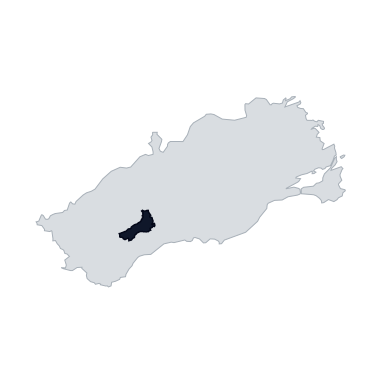 Erzincan highlighted on a map of Turkey, rotated 154°
{"feature_id": "TUR-2300", "entity_name": "Erzincan", "entity_type": "Province", "adm_level": 1, "iso_a3": "TUR", "parent_name": "Turkey", "parent_adm1": "", "projection": "albers", "projection_center": [39.186, 39.548], "detail": "fine", "context": "in_parent", "style": "filled", "palette": "ink", "viewbox_px": 384, "rotation_deg": 154, "n_neighbors": 0, "source": "natural_earth", "source_scale": "10m", "svg_char_len": 5333}
<svg xmlns="http://www.w3.org/2000/svg" viewBox="0 0 384 384"><g transform="rotate(154 192 192)"><path d="M288.9,145.0L293.8,146.6L295.4,145.2L299.8,145.3L303.8,146.1L305.9,143.1L308.7,143.3L309.3,144.8L310.7,145.3L315.0,148.8L314.5,149.3L315.6,150.6L319.2,151.4L319.6,153.3L322.5,155.9L324.2,160.2L323.5,163.3L322.0,165.3L324.5,171.7L323.9,172.6L328.4,174.5L333.9,173.8L335.7,174.7L341.3,179.5L342.8,181.4L339.0,179.2L337.0,181.4L336.2,186.6L330.4,187.8L331.5,191.1L333.2,192.5L332.8,195.7L333.3,196.9L335.0,198.9L334.9,201.7L335.8,204.6L336.0,208.2L338.5,209.1L337.5,210.8L335.1,218.2L335.3,218.8L337.2,218.8L341.6,221.9L340.9,223.1L341.7,227.7L345.5,230.4L345.0,232.0L345.2,233.5L342.5,233.0L337.4,237.4L336.8,237.3L336.0,236.0L335.6,231.9L334.2,230.9L332.5,230.7L329.7,232.7L327.0,232.8L324.4,232.6L317.3,230.3L314.7,231.3L312.0,230.5L306.9,235.7L305.3,236.2L304.5,233.7L302.6,232.4L300.3,234.3L291.3,237.0L287.2,237.5L282.1,236.8L277.9,237.1L266.5,242.9L255.5,246.0L245.7,245.7L240.3,242.2L236.1,241.3L223.4,246.5L217.3,246.2L215.2,243.9L210.5,242.9L209.4,245.0L208.3,250.0L209.8,254.7L207.1,254.9L205.4,255.8L204.8,259.3L202.3,260.6L201.4,262.7L201.0,262.8L197.1,260.9L198.2,259.2L196.0,252.6L197.3,250.7L202.6,245.6L202.6,242.5L200.5,240.3L193.9,243.9L193.2,245.4L191.7,246.5L189.3,246.9L178.0,241.3L171.0,245.4L164.9,251.5L160.4,253.5L147.4,254.5L145.1,255.6L140.8,253.9L138.3,252.0L132.9,244.3L122.2,237.8L110.6,235.4L109.4,236.7L108.5,242.3L106.1,247.4L105.1,247.9L102.6,246.3L93.2,248.5L85.8,244.2L84.6,242.5L83.6,236.2L82.5,235.6L81.2,236.3L79.9,236.1L74.7,232.8L71.7,232.3L69.6,234.7L66.5,235.4L66.5,234.7L67.9,233.1L63.2,232.8L60.6,233.8L57.4,232.6L57.7,231.9L60.5,231.4L66.8,231.3L71.2,227.7L56.5,226.0L54.9,226.7L55.0,224.6L56.0,223.7L59.9,223.5L59.9,221.7L57.8,219.5L55.4,218.1L54.8,213.6L53.6,212.3L53.9,211.7L56.4,211.2L57.3,208.1L57.2,206.0L52.7,203.7L51.7,203.7L50.7,201.8L48.9,200.3L47.1,201.1L42.8,197.8L43.9,196.0L45.1,196.2L45.5,194.7L44.9,192.1L45.2,190.8L46.3,190.6L47.4,191.0L48.4,192.7L48.1,195.5L49.2,197.4L50.3,195.8L52.3,197.1L56.2,196.7L57.1,196.1L54.3,195.8L53.3,194.9L51.7,189.9L54.2,188.9L56.2,186.8L53.2,184.9L54.3,181.8L52.0,177.7L56.3,173.6L56.2,172.9L55.1,172.5L43.5,172.8L43.6,170.7L44.7,169.0L45.3,164.6L46.1,162.2L48.3,161.8L51.4,158.6L56.1,155.0L60.4,155.7L62.3,154.8L64.8,155.1L65.4,156.8L67.5,158.3L71.5,158.6L73.5,157.7L71.9,155.5L74.3,155.1L76.0,155.8L74.8,157.9L75.3,158.2L80.5,158.2L85.8,159.4L91.7,159.8L92.6,159.1L88.6,156.4L91.5,154.7L93.1,154.5L105.7,154.0L105.8,153.6L98.3,151.7L94.7,148.6L93.8,147.1L94.9,143.7L95.9,142.8L98.6,143.0L107.7,145.6L114.5,145.3L121.5,148.3L128.5,148.5L130.0,147.6L132.0,144.4L142.3,139.6L145.9,136.9L161.4,132.3L184.0,134.6L188.1,132.6L190.3,133.4L189.6,134.9L189.7,136.2L192.3,139.7L196.2,141.9L201.9,140.4L204.0,141.2L205.8,146.5L209.2,149.8L210.8,150.1L213.0,148.3L215.1,148.1L218.4,150.0L219.5,152.0L230.4,154.4L232.6,156.0L240.0,157.7L256.4,154.0L262.4,156.5L267.5,157.3L269.6,156.9L276.2,153.8L278.2,152.0L282.3,150.4L287.4,147.0L288.9,145.0ZM80.2,125.3L79.5,127.6L80.1,130.3L82.0,134.2L84.0,136.3L94.5,142.5L92.4,146.9L89.6,147.3L80.4,144.0L76.3,145.3L73.6,144.5L69.6,144.8L68.2,147.4L65.1,150.2L56.9,153.1L48.9,159.8L46.7,160.5L48.0,158.1L48.3,155.7L51.7,153.5L56.2,152.0L57.6,150.5L46.8,149.3L46.1,146.8L47.3,146.4L51.4,142.7L52.0,141.1L52.2,136.9L56.7,135.1L57.2,134.2L57.1,130.0L53.5,127.0L53.7,125.9L56.7,125.2L58.7,122.6L62.9,122.6L65.1,121.5L68.7,121.2L72.7,125.4L78.2,124.7L80.2,125.3ZM43.3,158.7L39.6,158.8L38.5,158.0L39.8,157.0L42.8,156.5L43.5,157.9L43.3,158.7Z" fill="#d9dde1" stroke="#a8b0b8" stroke-width="1"/><path d="M245.5,177.7L245.9,176.9L245.9,175.8L246.6,175.9L248.0,175.8L248.6,175.5L249.1,175.8L249.5,176.0L250.0,176.0L250.5,176.2L252.2,177.2L252.8,177.4L253.4,177.8L253.7,178.2L253.9,178.4L254.9,178.7L255.8,179.2L256.8,179.3L257.8,179.2L258.7,179.3L259.6,179.2L260.5,178.7L262.3,178.3L263.0,177.6L263.5,176.6L264.4,176.3L265.3,176.4L266.1,176.3L266.8,175.7L267.5,175.4L270.1,175.9L269.6,177.0L269.5,178.2L270.4,178.6L273.1,178.6L274.2,180.0L274.2,180.6L274.2,181.2L274.5,181.6L274.8,182.0L275.4,182.4L276.1,182.7L276.6,183.3L276.2,184.2L275.7,185.2L275.6,186.5L274.6,186.2L273.3,186.2L272.0,186.0L269.6,185.9L269.3,185.8L268.7,185.6L268.0,185.8L267.3,186.1L267.0,186.1L265.5,186.7L264.3,186.3L263.4,185.9L262.8,186.0L262.1,187.0L261.0,187.3L258.5,187.7L257.3,187.7L256.0,187.4L254.8,187.4L254.2,187.7L253.5,187.9L252.6,187.7L251.8,187.9L250.2,188.5L249.8,188.9L249.5,189.4L249.1,189.6L248.6,189.6L248.4,189.9L248.2,190.3L247.0,190.7L246.8,191.4L247.0,192.0L247.2,192.4L246.8,192.7L246.3,192.8L246.0,193.0L245.7,194.2L245.4,194.4L245.2,194.5L245.1,195.0L245.2,195.5L245.3,195.6L245.6,197.0L245.0,197.1L244.6,197.3L243.6,196.0L242.9,195.6L242.2,195.3L240.6,195.2L239.4,194.6L239.7,194.0L239.9,193.3L239.8,193.0L239.7,192.7L239.7,192.3L239.8,191.9L239.7,191.3L239.5,190.7L239.5,190.0L239.5,189.6L239.4,189.4L239.6,189.4L239.8,189.2L240.1,188.9L240.7,188.5L240.8,188.2L240.4,187.7L239.9,187.3L239.3,186.8L239.2,186.0L239.5,185.3L239.7,183.1L240.5,182.0L240.9,181.4L241.5,181.0L241.9,181.1L242.2,181.0L242.4,180.4L242.0,180.0L240.9,180.3L239.7,180.3L239.6,179.7L240.2,178.0L241.0,177.5L241.7,178.1L242.5,178.3L243.2,177.7L244.1,177.6L244.8,177.7L245.5,177.7Z" fill="#0f172a" stroke="#020617" stroke-width="1.5"/></g></svg>